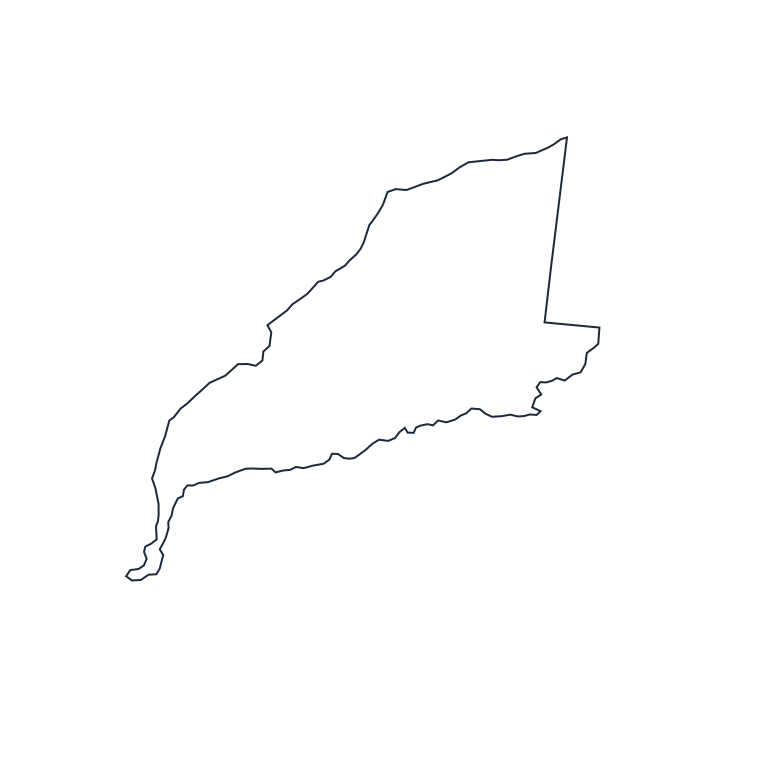 the district of Itambé, Pernambuco, Brazil, rotated 306°
{"feature_id": "56859067B35011638421862", "entity_name": "Itambé", "entity_type": "district", "adm_level": 2, "iso_a3": "BRA", "parent_name": "Brazil", "parent_adm1": "Pernambuco", "projection": "mercator", "projection_center": [-35.181, -7.461], "detail": "fine", "context": "isolated", "style": "outline", "palette": "slate", "viewbox_px": 768, "rotation_deg": 306, "n_neighbors": 0, "source": "geoboundaries", "source_scale": "gbopen_adm2", "svg_char_len": 2113}
<svg xmlns="http://www.w3.org/2000/svg" viewBox="0 0 768 768"><g transform="rotate(306 384 384)"><path d="M82.6,302.5L91.3,305.6L96.3,311.7L102.7,311.1L115.9,305.9L118.5,299.7L125.5,298.9L131.5,297.8L140.8,294.4L145.5,290.6L152.7,289.5L159.2,286.5L165.1,285.3L170.3,284.5L175.0,287.2L181.0,284.3L186.4,284.5L189.6,289.2L195.3,292.5L201.1,299.2L206.6,303.1L210.8,306.1L217.3,311.6L225.2,315.8L234.0,321.7L238.7,327.8L243.4,334.9L249.4,342.7L248.7,348.2L254.7,353.2L259.3,358.5L265.1,361.5L268.7,368.4L276.3,374.6L284.0,382.0L290.7,384.3L297.0,382.9L300.3,387.9L300.5,394.9L303.1,399.8L306.8,403.6L312.6,405.6L320.1,407.9L329.1,409.8L336.1,412.8L340.4,420.8L346.8,424.7L354.2,424.8L360.7,426.7L358.6,431.7L361.9,436.7L367.7,435.5L372.1,438.3L377.0,442.7L379.4,448.0L386.3,449.2L389.6,456.9L397.1,462.5L403.7,464.7L408.6,467.7L415.5,469.1L419.9,476.3L419.6,483.8L421.0,490.7L427.2,498.2L433.5,504.3L436.3,511.2L440.2,516.0L445.1,519.9L448.7,525.7L454.0,526.6L452.3,517.6L461.4,514.9L467.9,517.4L471.0,509.4L477.3,509.3L480.7,514.4L485.6,518.2L490.3,520.2L493.0,528.2L502.3,530.9L509.1,536.2L518.6,535.1L528.4,529.8L537.0,532.6L542.5,533.7L546.8,531.0L556.3,525.1L528.2,477.7L574.6,451.6L691.1,387.1L685.9,383.2L677.4,380.4L671.6,377.7L660.1,371.0L652.9,362.4L646.0,357.2L637.9,351.9L632.6,345.5L629.1,339.9L613.0,322.0L603.7,317.8L593.9,314.7L580.4,307.8L569.1,298.1L554.2,288.2L548.5,278.9L541.4,274.0L528.4,277.8L519.3,278.7L509.5,278.9L504.0,278.7L486.9,284.3L479.6,285.6L472.8,285.4L463.0,283.4L457.0,282.9L451.0,280.4L446.5,278.4L439.3,277.9L431.9,274.0L428.1,270.7L411.9,269.0L402.6,265.9L394.9,263.1L386.6,262.3L363.0,255.1L359.6,262.4L347.5,269.0L339.4,267.3L331.6,271.8L323.4,269.6L320.1,262.0L314.3,254.3L297.5,250.7L282.4,242.2L273.1,240.4L263.8,238.3L252.7,236.3L244.5,233.9L233.5,233.5L228.2,231.8L213.2,237.6L200.8,240.8L185.9,246.5L179.4,249.6L171.3,251.8L165.1,260.6L154.6,272.0L145.5,278.7L140.1,281.8L135.0,283.1L124.7,291.4L118.1,289.5L112.0,286.5L107.1,288.6L103.0,294.8L96.1,296.4L90.1,294.2L84.3,288.1L76.9,288.4L76.9,295.6L82.6,302.5Z" fill="none" stroke="#1e293b" stroke-width="2"/></g></svg>